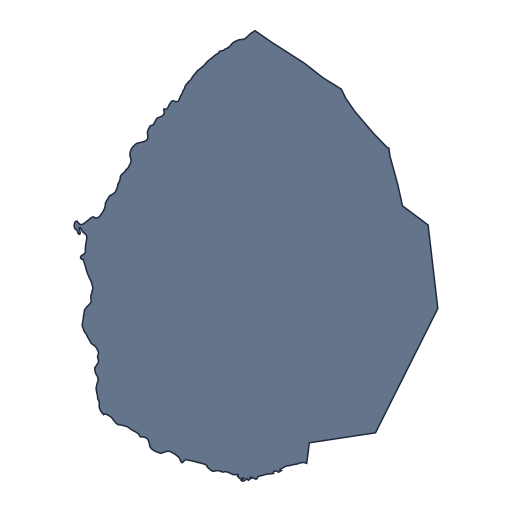 outline of Petit Piton, Soufrière, Saint Lucia
{"feature_id": "8701671B87024407460992", "entity_name": "Petit Piton", "entity_type": "district", "adm_level": 2, "iso_a3": "LCA", "parent_name": "Saint Lucia", "parent_adm1": "Soufrière", "projection": "mercator", "projection_center": [-61.066, 13.834], "detail": "fine", "context": "isolated", "style": "filled", "palette": "slate", "viewbox_px": 512, "rotation_deg": 0, "n_neighbors": 0, "source": "geoboundaries", "source_scale": "gbopen_adm2", "svg_char_len": 5696}
<svg xmlns="http://www.w3.org/2000/svg" viewBox="0 0 512 512"><path d="M255.0,30.7L253.5,31.5L252.4,32.4L251.3,33.0L248.7,35.3L247.1,36.9L246.3,37.6L245.0,38.7L244.0,39.0L242.3,39.4L241.3,39.5L239.5,39.7L237.7,40.3L235.8,41.1L233.9,42.1L232.6,43.1L231.4,44.4L230.0,46.1L228.7,47.1L227.3,48.2L226.6,48.4L224.9,49.2L224.3,49.6L224.0,50.2L223.3,50.5L221.5,50.8L220.7,51.0L220.3,51.0L219.3,51.5L218.9,52.5L218.3,53.2L217.4,53.8L216.3,54.3L214.0,56.0L212.1,57.8L211.0,58.5L208.1,60.9L206.9,62.0L204.8,64.4L204.4,65.0L204.1,65.4L202.1,67.0L200.4,68.4L199.3,69.4L197.8,70.3L197.0,71.2L195.0,73.8L193.2,75.8L192.3,77.1L191.7,78.4L191.2,79.0L190.2,80.4L189.3,81.1L188.0,82.3L187.3,83.6L186.2,84.4L185.7,85.5L185.0,86.4L184.8,87.5L184.4,88.6L184.1,89.3L183.5,90.1L182.6,91.7L182.5,92.5L181.9,93.7L180.9,95.3L179.9,97.4L179.6,98.6L178.9,100.1L178.1,101.3L177.6,101.5L176.6,101.7L176.2,101.8L174.5,101.2L173.2,100.7L171.4,101.3L170.4,103.2L169.4,104.3L169.0,105.3L168.5,106.3L167.9,107.5L167.3,108.4L166.5,109.1L165.4,109.2L164.4,108.9L163.8,109.2L163.8,110.3L164.2,111.8L164.2,112.6L164.2,113.3L162.6,115.8L160.7,116.7L158.7,117.5L157.4,117.9L156.3,119.1L155.6,120.5L155.1,121.6L154.7,122.1L154.1,123.3L153.5,124.4L152.8,125.0L151.2,125.5L150.3,125.7L149.9,126.4L149.4,127.4L148.2,129.6L147.5,131.6L147.4,133.3L147.7,134.9L147.8,136.4L147.8,137.2L147.8,137.7L146.9,139.8L145.7,140.8L143.4,141.7L140.2,142.5L137.8,143.0L136.2,143.7L135.1,144.6L132.9,146.7L131.6,148.6L130.8,150.0L130.4,151.4L130.0,153.2L129.9,155.3L130.5,157.7L130.9,158.8L131.0,160.5L130.8,162.4L129.6,165.0L128.7,166.6L128.1,167.8L127.2,168.8L125.5,170.3L125.1,171.5L124.2,172.3L122.6,173.6L121.3,174.9L120.4,176.4L120.1,179.1L119.6,181.0L118.9,182.2L118.1,183.6L117.4,186.9L116.8,188.6L116.0,190.3L115.7,191.5L114.7,192.5L113.8,193.3L112.3,194.3L111.0,195.1L110.0,195.4L109.6,195.9L108.5,197.5L107.8,199.0L106.7,200.6L106.1,201.8L105.3,203.2L105.4,204.1L105.3,204.8L105.1,206.3L104.8,207.7L104.1,209.3L103.4,210.9L102.4,212.5L101.5,213.8L100.6,215.1L99.4,216.5L98.1,217.6L96.1,218.1L95.6,218.1L94.1,217.1L93.1,216.9L92.0,217.1L89.5,219.0L88.7,219.8L86.8,221.3L84.8,222.9L84.2,223.3L83.0,224.0L81.5,224.5L80.3,224.6L79.4,223.9L78.1,222.4L76.9,221.1L75.6,221.4L75.0,222.0L74.3,224.1L74.2,225.1L74.3,226.8L74.8,228.6L75.5,229.4L76.7,229.9L77.2,231.0L77.9,232.8L78.4,233.9L78.9,234.2L79.7,234.3L80.2,233.3L80.2,232.2L79.5,229.6L79.1,227.8L80.1,227.7L80.6,228.3L81.4,229.4L82.3,231.2L83.0,232.2L84.4,233.3L85.5,234.2L86.2,235.1L86.7,236.4L86.8,238.4L86.4,240.5L86.0,243.2L85.6,245.0L85.3,248.4L85.4,250.6L85.3,252.1L84.8,253.2L84.1,253.9L82.4,255.0L81.6,255.4L80.9,256.2L80.5,257.4L80.6,258.1L81.7,259.3L82.7,259.4L83.2,259.5L85.6,267.2L86.8,271.5L88.1,275.0L89.3,277.9L90.2,279.5L91.1,281.4L91.4,282.4L92.6,286.6L93.0,288.2L92.4,289.9L92.1,290.6L92.0,292.0L91.3,294.1L90.9,295.4L90.8,296.2L90.8,297.6L91.1,299.4L91.1,301.8L90.0,303.6L88.7,305.1L87.6,306.1L86.4,307.4L85.2,308.9L84.5,310.0L84.3,311.2L84.1,313.2L83.9,313.9L83.5,315.8L83.3,318.6L82.8,321.5L82.2,324.7L82.2,325.8L83.1,328.2L84.1,331.1L84.7,332.3L85.8,333.3L86.7,335.0L87.4,336.7L88.4,338.4L89.3,339.9L90.6,342.3L91.4,343.5L92.2,344.2L94.8,345.9L95.4,346.6L96.4,348.0L97.7,350.4L98.2,351.3L98.5,352.6L98.5,353.6L98.2,354.7L97.6,355.7L97.6,356.3L97.7,358.1L98.3,359.7L98.5,361.2L98.4,362.1L98.2,362.7L94.7,367.9L94.8,369.6L95.2,371.8L95.8,373.7L96.3,374.7L96.9,375.5L97.5,376.6L97.8,377.2L97.9,378.0L98.1,379.9L98.1,380.8L97.4,382.3L96.8,384.9L96.1,387.8L96.2,389.3L96.4,390.7L96.6,392.3L97.3,394.9L97.5,396.0L97.6,397.8L97.9,399.3L98.4,400.1L98.9,400.9L99.2,402.0L99.3,404.8L99.1,405.9L99.4,407.8L100.6,410.8L102.4,413.3L103.6,414.7L104.4,414.2L105.6,414.2L107.0,414.6L108.3,415.4L110.5,416.6L111.7,417.8L112.4,418.8L112.7,419.2L114.2,420.9L115.0,421.9L116.1,423.4L117.4,424.2L118.5,424.8L120.0,424.8L122.4,425.3L126.3,426.4L128.5,427.3L130.1,428.8L132.1,430.1L132.7,430.5L134.5,431.3L137.0,432.8L138.0,433.6L139.2,434.9L139.5,435.8L140.0,436.5L140.6,436.9L141.1,437.0L142.4,436.7L144.3,437.3L145.9,437.7L147.2,438.7L147.6,439.1L148.3,440.5L149.1,442.7L149.5,444.3L149.7,446.3L150.9,448.1L151.8,449.1L154.2,450.8L157.5,452.3L159.6,453.0L161.4,453.3L164.7,451.9L167.0,451.4L168.8,451.3L169.9,451.4L171.6,452.2L172.9,453.1L174.7,454.0L176.0,455.0L178.6,457.0L179.3,457.9L180.1,459.7L181.0,461.6L181.4,462.2L181.9,462.7L182.5,462.5L182.9,462.2L184.1,461.0L184.3,460.5L185.1,460.1L185.7,459.6L188.6,460.2L192.0,460.9L195.3,461.7L198.0,462.5L201.8,463.4L204.5,464.2L205.3,464.6L206.4,465.2L207.1,465.9L207.1,466.9L208.5,468.1L210.4,469.9L212.8,471.4L214.5,471.1L217.5,470.6L219.4,470.9L220.5,471.3L221.7,471.8L223.3,472.1L225.0,471.7L225.7,471.6L229.3,472.8L232.7,474.5L234.5,474.7L235.9,474.7L237.9,474.4L238.2,474.7L237.5,476.3L238.9,477.7L239.9,478.6L241.2,479.3L241.7,478.8L242.6,478.2L243.2,477.8L243.7,478.0L242.7,479.1L241.6,479.6L241.1,480.2L241.9,480.8L243.1,481.3L243.8,481.0L244.8,480.3L245.2,480.2L245.5,479.9L246.2,479.0L246.9,478.6L247.5,479.6L248.5,480.3L250.8,478.4L250.1,477.7L250.2,477.2L251.5,477.2L251.7,477.9L252.3,478.1L253.8,478.1L254.4,478.4L255.7,479.3L257.1,478.7L258.1,476.5L266.3,474.3L267.3,474.1L268.5,474.0L269.8,473.8L272.0,473.8L273.7,473.3L273.3,472.3L274.2,471.3L276.3,470.9L277.0,471.2L278.1,472.1L279.6,471.8L281.4,470.5L280.0,470.1L280.0,469.3L286.3,466.0L288.9,465.7L291.7,465.0L298.1,463.8L298.9,463.0L301.0,463.0L301.9,462.6L302.7,462.6L303.8,462.4L306.7,463.4L308.1,452.7L309.3,442.8L375.5,432.8L413.7,356.6L437.8,308.5L428.1,225.0L402.5,205.9L398.0,185.5L389.9,155.9L388.9,148.1L387.2,147.5L373.7,133.6L354.8,111.4L345.8,98.4L341.3,89.1L323.3,78.0L304.4,63.2L271.1,41.9L255.0,30.7Z" fill="#64748b" stroke="#1e293b" stroke-width="1.5"/></svg>